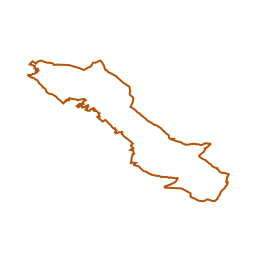 the district of Grozesti, Mehedinti, Romania, rotated 7°
{"feature_id": "2599482B51368795082410", "entity_name": "Grozesti", "entity_type": "district", "adm_level": 2, "iso_a3": "ROU", "parent_name": "Romania", "parent_adm1": "Mehedinti", "projection": "equal_earth", "projection_center": [23.327, 44.633], "detail": "fine", "context": "isolated", "style": "outline", "palette": "amber", "viewbox_px": 256, "rotation_deg": 7, "n_neighbors": 0, "source": "geoboundaries", "source_scale": "gbopen_adm2", "svg_char_len": 5777}
<svg xmlns="http://www.w3.org/2000/svg" viewBox="0 0 256 256"><g transform="rotate(7 128 128)"><path d="M153.8,121.9L153.6,121.6L149.7,119.6L146.4,118.3L145.4,117.6L145.0,117.0L143.4,116.1L140.8,114.4L139.2,113.6L138.1,112.3L137.2,112.1L136.2,111.5L134.9,110.9L133.7,109.7L132.2,108.9L131.3,108.2L127.9,106.8L129.3,102.7L129.6,101.4L129.6,99.1L129.9,98.3L129.8,98.0L129.6,97.9L129.1,96.9L125.8,94.8L125.5,93.8L125.4,92.8L125.8,91.6L125.3,90.3L124.9,88.8L124.8,87.7L124.5,87.2L123.9,86.7L123.5,86.1L122.9,86.2L118.0,83.8L110.3,78.4L110.2,78.1L100.9,74.6L100.5,73.8L99.3,73.1L99.0,73.3L98.2,72.8L96.1,68.3L95.2,67.5L94.5,66.4L93.2,65.1L92.2,64.4L90.1,65.6L89.3,66.4L87.7,67.2L85.8,67.2L85.5,67.3L85.3,67.7L84.8,68.9L83.3,71.8L82.1,72.2L80.0,73.6L78.7,74.7L76.7,75.8L76.2,75.7L74.4,75.0L70.0,74.1L69.0,73.8L66.2,73.6L65.0,73.2L63.0,72.9L61.6,72.8L55.8,73.2L51.3,73.6L51.0,73.8L49.7,73.7L48.2,74.2L46.5,74.3L46.4,73.7L44.5,72.8L44.0,73.0L42.2,72.7L41.0,73.0L39.1,73.0L38.2,72.6L37.0,72.7L36.3,72.5L34.6,71.8L33.3,71.7L30.4,73.1L30.0,73.5L29.9,73.8L29.6,74.1L29.0,74.9L28.7,75.3L25.3,73.4L23.6,75.3L23.8,75.4L22.8,76.9L23.9,76.9L25.7,77.5L26.0,77.4L27.0,77.7L27.8,77.6L28.1,77.8L27.8,80.2L29.3,80.3L29.7,80.4L29.5,82.3L30.1,82.0L30.6,80.4L30.8,80.4L30.9,80.1L31.1,80.1L31.1,80.4L32.2,81.7L31.0,83.4L30.9,84.0L29.7,84.7L29.1,85.2L26.7,86.1L26.2,86.4L25.7,87.1L25.2,87.3L22.7,87.3L22.3,88.0L25.2,89.5L26.7,89.6L28.7,90.1L30.6,91.1L31.8,91.5L32.6,92.1L33.3,93.0L33.7,93.3L34.0,94.0L34.5,94.6L37.2,96.4L37.3,96.7L38.0,97.2L38.4,97.9L38.9,98.3L39.1,98.4L39.8,98.4L41.4,99.5L42.8,102.0L43.7,102.8L46.4,103.8L48.3,103.7L49.7,104.1L51.7,105.2L52.4,105.4L53.2,106.0L54.4,107.2L55.9,108.2L57.7,109.1L59.9,111.0L60.8,111.5L61.6,110.0L61.9,110.1L62.2,109.7L63.0,109.3L63.2,108.8L62.8,108.6L63.2,108.2L63.6,107.3L63.9,107.3L64.3,107.0L64.5,107.0L65.1,107.8L65.7,107.9L66.1,107.6L65.9,107.4L65.5,107.4L65.5,107.1L65.7,106.8L65.7,106.5L66.2,105.4L67.0,105.8L74.2,106.1L74.5,106.5L74.8,106.6L75.4,106.2L77.8,105.3L79.5,104.9L81.5,104.6L82.7,105.6L81.8,106.1L80.7,107.1L80.2,107.7L79.8,108.4L80.6,108.7L80.7,109.1L81.0,109.5L80.6,109.8L79.9,109.8L79.8,109.6L79.6,109.6L79.5,110.3L78.4,109.8L77.8,110.1L77.5,109.9L77.0,109.9L76.4,110.3L74.5,112.6L75.9,113.2L76.3,113.6L76.6,113.3L75.9,112.9L76.1,112.7L76.4,112.7L76.4,112.4L76.5,112.2L77.6,111.3L78.7,112.0L80.1,113.1L80.2,113.3L81.0,112.7L81.4,112.9L83.5,111.6L85.5,110.2L86.0,111.0L85.6,111.3L85.1,112.1L85.2,112.4L84.5,113.1L84.6,113.4L85.1,113.3L84.9,113.9L84.5,114.2L83.7,114.5L83.5,114.9L83.7,115.2L85.1,115.2L85.9,115.5L86.0,115.8L87.4,115.6L87.3,115.4L87.6,115.3L88.5,114.7L88.5,114.2L89.8,113.5L91.1,112.4L91.5,112.4L92.0,112.6L92.5,113.2L91.1,113.9L92.2,115.0L92.6,115.2L93.2,115.2L93.6,114.5L94.1,114.6L94.9,115.1L97.0,116.8L97.3,116.5L97.9,116.8L97.2,117.7L97.6,118.5L97.4,119.1L97.6,119.4L98.4,120.0L96.9,120.5L96.3,120.8L102.0,124.7L104.6,122.7L108.5,125.9L111.5,128.2L111.8,128.9L113.9,130.2L114.7,129.8L115.1,129.9L115.2,130.9L116.9,131.7L116.6,132.5L115.5,133.8L115.6,134.2L117.3,134.7L119.6,133.2L119.9,133.3L120.8,133.3L121.4,133.1L122.4,132.5L122.8,133.0L122.2,133.5L122.6,133.7L122.7,134.0L122.5,134.6L125.8,137.3L127.1,137.9L127.2,138.2L127.7,138.2L134.7,142.8L133.5,144.3L133.1,145.2L135.7,147.4L134.8,148.0L133.1,149.5L134.2,149.6L136.0,149.6L136.0,150.0L136.5,151.6L136.6,152.3L136.2,152.9L136.9,153.0L136.0,154.1L135.3,156.0L135.3,160.1L135.1,162.4L136.5,161.8L140.0,161.7L139.5,162.3L138.7,163.0L138.2,163.6L138.3,164.1L140.1,164.2L141.1,164.5L141.7,164.5L143.7,165.0L144.4,165.4L144.8,166.0L147.6,168.1L149.1,169.0L151.7,169.2L152.0,169.6L152.9,169.8L153.0,170.0L153.5,170.2L153.7,170.5L155.4,170.7L157.2,171.6L158.9,171.6L161.2,172.0L161.9,171.7L162.6,172.0L164.8,171.8L165.8,172.1L167.1,172.8L168.4,172.2L169.5,172.1L170.1,172.3L171.9,171.9L172.5,171.9L175.0,172.5L175.6,171.9L181.9,172.1L183.2,171.7L183.1,172.9L182.8,173.7L182.2,174.6L182.0,175.3L181.5,175.8L178.4,178.1L177.8,178.3L177.0,178.8L176.6,179.3L176.1,179.3L172.7,181.2L171.8,181.6L170.7,181.9L171.7,181.9L171.6,182.3L171.7,182.6L175.9,182.4L187.9,181.5L188.7,181.6L197.9,185.1L198.6,187.6L198.3,188.2L199.0,189.0L203.1,190.0L203.6,190.3L206.8,191.5L211.4,191.6L212.8,191.0L214.6,189.6L215.7,189.2L216.9,189.2L217.8,189.7L218.7,189.6L219.9,189.8L220.6,190.2L221.8,190.1L222.3,189.7L223.0,190.0L224.5,188.5L224.9,187.6L225.4,187.4L225.4,186.9L226.1,185.3L227.1,183.2L228.1,179.9L229.6,177.6L230.3,177.1L230.8,176.5L231.7,174.9L232.0,173.8L233.2,172.8L233.6,170.2L232.9,170.4L232.4,170.1L232.6,169.0L232.1,169.0L232.4,166.4L232.1,165.4L232.2,165.0L232.7,164.3L233.3,163.0L233.7,161.7L233.2,161.5L231.4,161.4L229.9,160.8L228.1,160.9L227.0,161.1L226.3,161.0L224.3,160.2L223.8,159.8L223.1,158.6L220.1,157.0L220.3,156.9L218.6,156.6L217.7,156.2L216.6,155.9L216.1,155.6L214.7,154.0L213.1,153.4L212.0,152.6L211.3,152.3L210.4,151.5L209.1,150.6L204.4,149.0L202.0,147.4L202.5,146.2L202.8,145.9L202.7,145.7L205.3,143.2L205.9,142.7L206.2,142.3L206.6,141.1L207.2,139.8L207.1,139.5L207.4,138.9L207.2,138.8L208.0,138.5L209.2,136.8L209.5,136.7L210.5,135.6L210.8,135.1L211.5,134.6L211.8,134.1L211.7,133.7L209.2,133.7L208.0,133.6L207.3,133.8L206.5,133.7L206.0,133.9L205.9,134.3L205.7,134.5L204.9,134.8L204.1,135.4L202.9,136.0L201.8,136.1L200.3,135.6L198.9,135.8L197.7,135.6L197.0,136.0L195.8,135.6L195.2,135.8L194.7,135.8L194.3,136.0L193.9,135.9L193.4,136.1L192.6,136.1L191.2,136.8L190.1,137.1L189.1,137.2L187.5,137.7L186.2,137.2L183.7,136.6L183.2,136.2L182.3,135.7L178.5,135.3L172.8,134.1L173.9,133.3L171.2,133.5L170.1,133.0L169.9,132.2L169.6,131.7L169.4,130.5L169.0,130.1L168.3,129.6L166.6,128.9L165.4,127.8L163.0,126.2L161.4,124.8L160.8,124.4L160.4,123.9L159.0,123.5L158.4,122.9L157.7,122.8L155.9,121.8L153.8,121.9Z" fill="none" stroke="#b45309" stroke-width="2"/></g></svg>